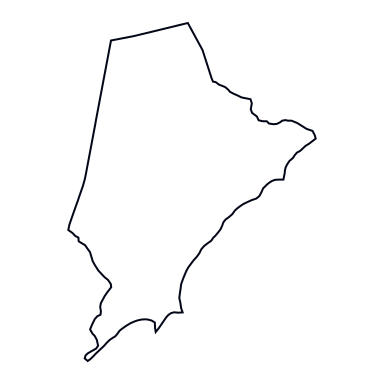 the district of Maceió, Alagoas, Brazil
{"feature_id": "56859067B19267714233978", "entity_name": "Maceió", "entity_type": "district", "adm_level": 2, "iso_a3": "BRA", "parent_name": "Brazil", "parent_adm1": "Alagoas", "projection": "orthographic", "projection_center": [-35.697, -9.542], "detail": "fine", "context": "isolated", "style": "outline", "palette": "ink", "viewbox_px": 384, "rotation_deg": 0, "n_neighbors": 0, "source": "geoboundaries", "source_scale": "gbopen_adm2", "svg_char_len": 2205}
<svg xmlns="http://www.w3.org/2000/svg" viewBox="0 0 384 384"><path d="M187.8,23.0L133.8,36.1L111.0,40.5L96.2,118.9L95.1,125.1L85.9,173.9L84.9,178.8L84.0,182.1L82.8,186.3L79.3,196.3L77.8,200.8L75.5,207.2L71.2,219.4L69.4,224.7L68.3,230.0L72.6,233.1L75.2,235.9L78.4,237.6L78.7,241.3L81.4,243.0L85.1,245.2L87.5,248.7L90.0,252.1L92.7,261.2L95.0,265.3L98.4,270.6L102.5,275.0L104.7,277.3L108.0,279.9L110.8,284.0L111.2,287.2L109.3,289.7L107.2,292.4L104.6,296.2L100.9,303.1L100.2,306.8L100.9,311.5L100.5,314.7L97.4,316.2L94.9,318.9L92.2,324.3L90.1,329.4L92.5,333.7L94.7,335.9L96.8,339.8L98.1,345.7L96.1,348.6L91.8,351.0L87.7,353.4L85.6,355.4L84.7,358.4L87.7,361.0L90.5,359.0L93.2,356.4L95.7,353.7L100.8,348.9L104.0,345.9L106.8,342.7L109.7,339.9L112.5,338.0L115.3,336.3L117.7,333.4L119.5,330.8L122.0,328.8L125.9,326.0L130.5,323.2L134.4,321.5L137.6,320.4L141.2,319.6L144.6,319.3L147.7,319.5L151.5,320.5L154.8,322.5L155.1,328.2L155.7,332.0L158.6,328.4L161.6,324.1L163.9,320.7L166.1,317.5L168.3,315.0L171.1,313.1L174.1,312.3L178.5,312.7L182.6,312.4L181.1,308.0L180.7,305.0L180.2,301.9L179.3,298.2L179.9,293.2L180.6,288.6L181.1,284.4L182.2,281.2L183.3,278.2L184.5,275.3L186.3,271.0L188.3,267.4L190.5,264.4L193.6,260.3L196.8,256.8L199.3,253.3L201.3,249.3L204.0,246.1L207.6,243.3L211.3,240.7L213.1,237.9L215.4,235.7L218.0,232.6L220.6,229.2L222.1,225.9L223.5,222.1L225.6,219.5L228.9,217.1L232.3,214.2L234.9,210.5L237.7,208.0L240.7,205.8L243.4,204.0L246.9,202.3L251.5,200.2L256.4,198.5L259.4,196.0L261.3,192.5L263.1,188.4L267.1,184.4L269.8,182.3L272.3,180.8L275.2,179.8L279.4,179.6L283.4,179.6L284.7,173.1L285.0,170.1L285.7,167.3L287.2,164.3L289.5,160.9L292.9,158.0L294.5,155.5L296.8,152.7L300.0,151.0L302.0,149.2L305.5,145.9L309.1,143.7L312.2,141.3L315.7,138.6L314.8,135.3L312.5,130.9L306.6,128.9L302.0,126.0L297.2,123.0L291.6,120.7L288.1,120.7L285.4,120.1L282.2,120.7L279.9,122.4L276.8,123.9L273.3,124.2L268.9,123.5L266.8,121.3L262.5,121.2L258.7,120.3L256.9,116.5L252.0,112.8L250.8,109.2L251.8,103.3L250.5,99.2L245.8,98.3L241.4,97.4L237.9,95.6L233.7,93.8L230.0,91.8L228.2,89.7L225.3,87.2L222.6,86.0L219.1,84.7L215.7,82.1L213.0,81.6L211.7,78.6L202.5,50.0L187.8,23.0Z" fill="none" stroke="#020617" stroke-width="2"/></svg>